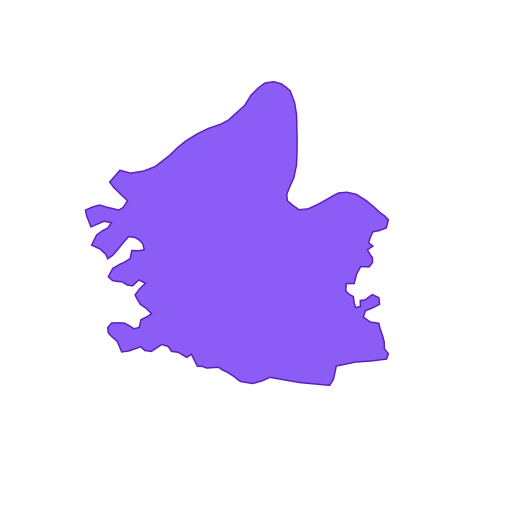 Novo Machado, Rio Grande do Sul, Brazil (Albers equal-area conic projection), rotated 35°
{"feature_id": "56859067B53654769142521", "entity_name": "Novo Machado", "entity_type": "district", "adm_level": 2, "iso_a3": "BRA", "parent_name": "Brazil", "parent_adm1": "Rio Grande do Sul", "projection": "albers", "projection_center": [-54.541, -27.542], "detail": "fine", "context": "isolated", "style": "filled", "palette": "violet", "viewbox_px": 512, "rotation_deg": 35, "n_neighbors": 0, "source": "geoboundaries", "source_scale": "gbopen_adm2", "svg_char_len": 2264}
<svg xmlns="http://www.w3.org/2000/svg" viewBox="0 0 512 512"><g transform="rotate(35 256 256)"><path d="M343.7,150.4L338.3,149.4L332.2,149.3L324.4,148.2L314.6,147.4L302.6,148.0L293.9,151.6L287.5,157.0L284.1,163.4L280.6,171.1L276.9,178.5L271.6,187.6L264.7,193.4L256.7,193.4L249.9,192.7L245.7,187.6L244.0,180.4L242.1,170.2L236.9,158.1L229.3,146.3L222.2,136.1L215.6,127.1L212.2,122.4L208.0,116.8L199.5,108.1L189.2,101.1L184.1,100.6L178.0,100.4L170.5,103.1L164.1,109.2L161.4,117.3L159.7,127.3L160.4,138.9L157.4,151.9L155.5,160.4L151.6,168.1L144.0,178.6L137.9,189.4L132.5,202.0L129.7,211.9L127.4,223.5L122.1,240.6L115.3,250.8L105.7,260.1L95.4,263.8L93.7,279.4L100.9,281.6L108.5,282.8L119.0,284.4L119.4,292.1L117.4,297.0L105.3,301.8L98.7,303.9L93.9,309.7L90.0,316.3L94.2,320.2L104.1,326.8L111.6,314.6L118.5,311.8L118.5,318.3L115.7,323.4L113.4,330.3L115.1,341.4L124.3,339.7L132.1,340.8L136.1,343.3L138.3,337.3L139.0,330.6L139.5,322.7L140.5,313.2L146.1,310.2L151.7,309.9L156.1,310.9L160.9,314.9L156.8,319.1L151.1,322.7L154.4,330.3L151.7,336.7L149.1,341.1L145.8,348.2L146.9,357.7L152.5,358.4L156.8,356.5L161.4,353.8L166.8,353.7L172.0,351.3L173.7,342.9L181.0,341.7L179.5,349.6L179.3,357.3L184.2,359.8L189.0,361.9L196.1,361.9L203.5,363.1L201.6,368.3L198.3,374.2L201.3,381.6L197.6,385.7L193.0,385.7L186.6,386.5L181.0,390.1L176.2,393.7L175.6,399.7L179.0,403.6L183.7,404.7L191.3,405.5L201.0,411.6L206.3,406.7L213.7,396.4L219.1,397.2L225.0,394.2L229.6,382.4L236.2,380.5L241.5,382.6L247.7,379.4L257.4,378.8L259.4,373.5L271.1,379.9L275.5,377.2L280.0,376.0L285.2,371.7L289.4,368.6L294.0,368.6L298.7,367.7L306.7,367.3L315.0,367.8L320.1,365.4L326.5,362.3L332.8,354.5L336.9,347.5L364.6,334.5L390.5,319.7L390.2,312.7L387.8,306.9L384.9,300.1L398.3,285.8L409.4,276.9L422.0,265.6L420.6,260.2L414.4,258.4L410.5,253.1L405.4,248.7L399.0,244.1L395.2,240.6L387.6,244.5L378.9,244.5L377.1,238.1L381.8,230.7L384.9,224.6L380.6,219.7L373.4,220.9L370.5,229.5L366.9,232.6L370.5,237.5L367.1,241.1L362.7,237.5L359.0,233.4L353.9,234.0L349.5,233.1L345.8,226.8L352.2,222.3L348.8,213.0L347.8,204.7L354.9,200.0L355.2,194.6L352.5,190.7L347.8,189.0L343.7,186.9L346.1,180.8L340.7,180.6L339.0,175.3L337.8,169.2L342.6,164.3L346.6,158.2L343.7,150.4Z" fill="#8b5cf6" stroke="#5b21b6" stroke-width="1.5"/></g></svg>